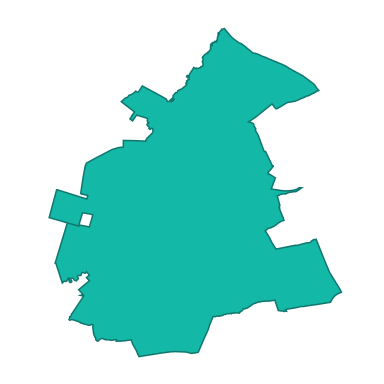 outline of Erbiceni, Iasi, Romania, rotated 87°
{"feature_id": "2599482B88685264403288", "entity_name": "Erbiceni", "entity_type": "district", "adm_level": 2, "iso_a3": "ROU", "parent_name": "Romania", "parent_adm1": "Iasi", "projection": "orthographic", "projection_center": [27.214, 47.273], "detail": "fine", "context": "isolated", "style": "filled", "palette": "teal", "viewbox_px": 384, "rotation_deg": 87, "n_neighbors": 0, "source": "geoboundaries", "source_scale": "gbopen_adm2", "svg_char_len": 5928}
<svg xmlns="http://www.w3.org/2000/svg" viewBox="0 0 384 384"><g transform="rotate(87 192 192)"><path d="M81.6,75.5L73.4,88.9L73.1,89.0L70.8,92.4L69.1,95.7L62.9,108.7L61.5,111.3L60.2,114.5L58.0,118.7L57.3,120.2L56.2,124.1L48.8,132.1L46.4,135.2L45.9,136.0L45.8,136.9L40.9,142.9L38.3,145.3L30.4,151.2L31.0,152.6L30.9,153.7L31.1,154.0L31.8,153.9L32.7,155.2L34.2,156.5L34.3,157.4L35.0,157.7L35.3,157.7L35.4,157.0L36.0,156.5L36.2,157.0L37.0,157.9L37.8,157.7L39.0,158.6L41.4,158.6L41.6,158.8L41.8,159.6L43.1,159.5L43.5,159.7L43.6,160.0L42.8,161.2L42.8,161.5L44.0,162.3L43.8,163.9L44.2,164.1L45.0,163.8L45.3,163.9L45.2,165.1L45.5,165.7L46.0,165.7L46.4,164.3L46.6,164.2L47.1,164.6L47.0,165.4L47.4,165.8L48.2,166.0L49.1,166.0L49.8,165.6L50.5,166.4L52.0,166.8L52.2,167.0L52.3,167.7L53.1,168.1L53.2,168.9L54.3,169.1L54.2,170.3L54.8,170.7L55.7,172.4L58.0,174.5L58.4,174.6L58.6,174.1L59.2,174.2L60.4,173.9L61.2,174.0L62.3,174.9L62.6,174.5L66.6,174.3L66.9,174.7L66.9,175.5L67.5,176.0L67.3,176.4L67.6,176.9L68.5,177.6L68.4,178.2L68.8,179.0L68.9,179.7L69.2,180.3L68.5,180.8L68.4,181.0L68.7,181.6L68.7,182.4L67.7,183.7L67.7,183.9L69.2,184.5L69.5,185.0L71.3,186.0L72.3,187.2L73.4,187.6L74.2,188.4L76.1,189.1L76.3,189.4L76.2,189.6L75.3,190.6L76.0,191.2L76.7,191.4L77.1,190.1L77.7,190.1L77.6,189.8L77.0,189.2L77.1,188.7L77.4,188.7L78.2,189.0L79.4,189.0L80.0,190.7L80.8,191.6L81.0,191.6L81.4,191.0L82.3,191.4L82.8,192.3L83.2,192.5L83.7,192.4L84.0,191.8L84.4,191.8L85.8,192.8L86.7,194.6L88.5,196.5L88.7,197.6L90.1,200.9L91.6,201.4L92.0,202.0L91.9,202.7L92.0,203.1L92.9,204.2L93.9,204.7L94.5,205.8L96.5,206.0L96.8,206.1L97.4,206.9L98.4,207.5L98.7,207.4L98.8,207.0L98.8,206.5L98.2,205.5L98.5,205.0L99.5,205.8L100.1,206.5L100.8,208.0L100.0,208.3L98.9,208.0L98.6,208.4L100.3,210.1L100.5,211.0L100.5,211.6L99.8,211.8L99.3,212.4L97.9,212.8L97.7,213.1L94.0,218.8L83.5,236.1L88.6,239.7L89.6,240.8L89.7,241.0L88.3,242.9L89.7,244.5L91.1,246.6L92.3,250.1L94.0,251.3L94.8,253.8L98.1,257.9L109.1,245.2L112.6,248.1L112.8,247.9L115.8,250.2L117.9,247.6L112.3,243.3L116.2,232.5L116.6,232.7L119.4,232.9L120.2,232.4L120.2,231.8L120.7,231.4L121.2,231.8L122.0,233.4L122.5,233.5L124.1,232.4L124.7,231.3L125.1,231.2L126.2,231.7L127.3,230.8L127.2,230.3L126.4,229.3L126.3,228.8L126.5,228.1L129.2,227.7L131.1,228.6L133.7,231.4L134.0,232.0L134.9,232.7L135.5,233.8L136.0,234.2L137.9,235.4L138.9,235.7L138.7,236.2L137.6,248.2L136.9,257.9L143.5,258.2L143.8,263.1L145.4,269.6L152.8,285.9L157.6,295.9L160.8,297.4L172.7,300.2L187.0,303.1L187.8,303.1L188.2,302.6L190.0,296.2L193.5,297.5L182.7,326.5L182.6,326.9L182.8,327.1L210.1,336.0L220.1,307.0L207.0,302.4L208.8,294.5L209.7,292.2L221.5,296.3L219.0,306.4L220.2,306.9L216.3,318.1L255.9,332.4L256.0,331.7L256.3,331.6L276.1,326.3L274.4,324.4L274.8,322.7L274.2,321.6L272.5,320.7L271.7,320.0L271.3,319.3L271.5,319.0L272.0,318.9L273.3,319.6L274.8,319.3L275.9,318.7L276.0,317.6L275.4,316.8L274.7,316.7L273.7,317.4L272.5,317.6L272.0,317.1L271.9,316.7L272.0,315.4L272.2,315.0L274.0,314.0L274.6,312.3L274.6,312.0L273.3,310.9L272.8,310.2L272.0,310.1L270.5,311.0L269.8,310.7L269.5,309.8L269.6,307.5L269.1,307.1L267.1,306.4L266.7,305.7L266.7,304.9L267.4,303.7L267.5,302.6L266.8,301.9L266.1,301.5L269.7,298.8L271.9,301.9L275.3,299.1L283.6,310.3L288.5,306.3L289.4,309.0L290.1,305.7L292.5,307.3L307.3,318.3L307.3,318.6L309.7,319.4L310.2,320.7L311.5,320.7L312.8,321.5L313.7,320.8L313.2,319.2L313.2,318.5L313.6,316.8L316.5,310.0L316.9,310.2L318.2,306.6L318.8,304.3L319.5,302.8L319.7,301.3L319.6,300.5L319.0,299.4L319.4,297.9L322.2,298.1L327.2,297.8L329.1,297.5L331.9,296.5L332.5,295.8L334.6,295.8L335.7,294.7L336.0,294.1L335.7,293.1L334.1,291.6L333.6,289.9L333.7,289.2L334.9,286.3L335.2,285.1L335.0,284.5L335.9,279.9L335.4,275.3L337.0,275.5L337.2,270.9L337.0,266.0L336.4,260.5L341.0,259.1L346.8,256.2L353.6,253.6L351.2,230.8L350.5,221.7L350.5,216.9L351.1,210.8L351.3,207.7L351.8,205.2L353.2,200.9L353.0,200.0L353.0,198.1L352.3,194.1L338.2,187.2L330.5,183.1L326.0,181.5L317.6,177.5L317.7,177.1L317.5,176.1L317.7,175.5L317.7,174.8L317.2,173.7L317.5,170.7L316.8,169.7L316.9,169.2L317.1,169.0L317.1,168.6L316.4,167.0L315.9,166.6L316.1,165.2L315.4,163.6L315.4,162.0L315.6,160.9L315.2,160.0L315.2,159.2L315.6,158.9L315.1,158.5L315.2,157.5L314.9,156.7L315.1,156.3L315.1,154.8L315.0,154.2L315.1,152.8L315.5,151.3L315.1,150.9L314.6,150.9L314.1,150.3L314.3,149.8L313.5,149.1L313.2,148.1L312.0,147.3L311.2,147.1L311.6,145.9L310.7,142.8L309.7,140.9L309.3,140.6L308.6,139.1L307.1,137.1L306.1,133.6L305.1,131.7L305.5,130.9L304.9,127.4L304.8,124.3L305.0,121.5L304.6,116.3L304.2,115.0L314.9,112.0L315.6,108.3L315.5,107.1L316.0,106.7L316.2,106.1L315.8,104.6L316.0,103.8L314.1,104.4L313.1,95.1L312.1,89.2L312.2,86.5L311.8,84.0L310.9,73.4L309.4,59.5L306.5,57.8L303.9,55.6L302.4,53.7L301.1,51.3L299.9,48.0L297.9,48.8L279.5,58.8L265.9,63.7L245.7,70.5L246.0,71.0L246.0,71.5L245.8,72.3L246.1,73.4L247.3,75.4L248.5,76.3L248.8,77.2L248.8,80.4L250.7,89.3L250.8,90.2L250.6,91.6L253.4,111.1L246.5,115.0L241.8,116.9L234.5,120.9L233.2,118.8L232.3,117.9L232.0,115.6L230.5,111.9L228.5,108.7L227.7,107.8L226.7,105.9L225.6,103.5L225.2,101.7L222.2,102.3L222.0,102.6L212.5,105.8L212.5,105.3L210.5,105.7L210.2,104.9L200.3,107.1L199.9,105.3L199.3,104.4L198.6,100.7L198.9,98.7L197.9,96.3L197.6,95.2L197.1,90.7L197.1,88.2L195.9,85.9L193.6,82.2L193.4,85.0L194.7,87.0L195.6,90.9L195.8,93.6L195.8,97.6L195.7,99.5L195.2,102.9L193.1,112.7L182.3,108.0L178.4,113.4L178.2,114.8L177.2,114.5L176.8,115.3L176.4,115.3L174.6,113.1L170.6,109.5L169.9,109.8L170.2,110.3L155.3,116.5L155.4,117.8L138.9,122.9L134.0,125.3L132.8,125.3L132.2,125.0L129.4,126.6L127.3,126.9L126.9,127.1L125.9,128.8L125.0,131.9L120.7,124.7L108.3,107.5L113.3,103.9L113.4,103.7L112.9,102.0L107.9,92.6L107.6,91.8L106.9,85.3L106.1,82.3L104.5,78.4L103.1,74.1L102.2,72.6L102.0,70.6L101.6,69.7L100.7,67.9L99.1,64.1L98.1,62.4L97.2,60.1L95.2,61.7L91.2,64.1L89.9,65.4L81.6,75.5Z" fill="#14b8a6" stroke="#0f766e" stroke-width="1.5"/></g></svg>